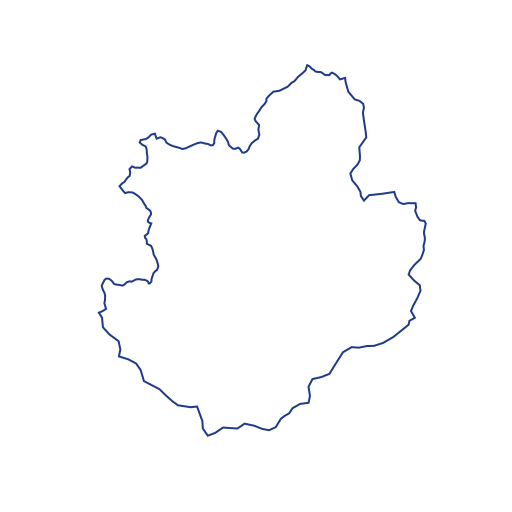 the district of Cameron Highlands, Pahang, Malaysia, rotated 60°
{"feature_id": "92858781B10772357278230", "entity_name": "Cameron Highlands", "entity_type": "district", "adm_level": 2, "iso_a3": "MYS", "parent_name": "Malaysia", "parent_adm1": "Pahang", "projection": "mercator", "projection_center": [101.433, 4.47], "detail": "fine", "context": "isolated", "style": "outline", "palette": "blue", "viewbox_px": 512, "rotation_deg": 60, "n_neighbors": 0, "source": "geoboundaries", "source_scale": "gbopen_adm2", "svg_char_len": 3649}
<svg xmlns="http://www.w3.org/2000/svg" viewBox="0 0 512 512"><g transform="rotate(60 256 256)"><path d="M146.3,89.8L145.0,95.0L143.4,95.2L140.4,95.8L137.7,96.9L135.2,98.5L135.2,100.4L136.1,101.8L133.9,105.6L129.2,107.8L127.3,110.8L125.7,112.4L124.1,112.7L121.9,114.0L118.6,114.8L116.4,116.2L118.4,118.7L120.0,120.3L121.1,125.2L121.9,130.1L123.8,135.3L123.8,138.5L124.3,140.4L125.2,144.0L124.6,153.2L123.5,156.0L122.4,158.7L123.0,161.7L123.8,165.0L124.9,168.2L127.1,169.6L128.7,172.6L129.8,176.7L130.5,178.0L132.0,180.8L133.3,183.8L134.7,186.2L136.6,188.7L139.1,188.9L144.0,187.8L145.9,189.2L147.8,190.8L152.7,192.5L155.4,195.7L155.4,198.5L156.2,203.4L157.8,206.6L159.8,209.1L160.8,211.8L160.6,214.5L159.5,216.2L155.1,216.4L153.2,217.3L152.7,220.8L151.3,222.4L148.3,223.5L146.4,224.1L143.4,223.2L139.3,223.2L135.2,223.5L131.2,224.1L128.4,226.5L129.8,229.2L132.0,231.4L134.4,233.9L137.4,235.8L138.5,238.0L137.4,240.1L135.0,241.5L133.3,243.7L130.1,246.9L129.0,250.2L128.4,254.3L127.9,259.2L127.6,263.0L126.5,266.3L124.1,268.2L121.4,270.9L119.2,273.1L116.2,275.3L112.9,276.9L109.6,276.6L106.6,278.3L105.3,279.6L104.7,283.4L101.7,282.9L99.6,282.3L98.5,285.9L99.6,290.5L99.6,293.0L97.9,297.9L99.6,300.0L103.1,298.7L105.8,296.8L108.8,297.3L112.6,299.2L115.6,300.3L119.7,302.8L121.1,304.4L121.9,311.8L120.0,314.8L119.2,316.4L116.4,318.6L117.5,322.1L120.8,323.2L123.5,325.4L123.8,327.8L124.9,330.6L126.0,332.7L126.3,336.0L127.3,339.3L133.1,338.5L136.1,337.9L136.9,334.6L139.3,331.1L142.0,329.5L145.9,327.8L150.5,326.7L153.2,326.7L155.1,326.7L157.8,326.5L159.5,326.9L162.6,325.6L163.7,325.0L166.3,325.4L167.5,326.2L169.1,329.2L170.0,330.4L171.0,331.8L172.2,332.5L174.3,331.5L175.4,330.4L179.2,335.3L180.4,336.5L182.2,337.8L182.7,339.8L183.0,342.3L184.6,343.0L186.7,342.5L189.3,343.5L190.7,344.4L192.6,343.3L194.7,341.8L197.9,342.1L201.7,343.2L203.6,343.9L205.9,343.9L209.2,343.9L214.1,345.1L216.2,345.8L218.6,348.6L218.8,350.8L219.5,353.1L223.5,357.8L225.6,359.2L226.3,360.4L226.6,361.8L226.1,362.7L224.2,362.3L222.6,363.0L220.7,364.6L219.8,366.3L218.6,367.6L217.2,369.5L216.2,372.1L216.2,374.5L216.0,376.6L214.6,378.4L214.1,380.8L214.9,384.1L214.9,386.4L212.3,389.4L210.4,391.8L209.1,392.9L205.8,393.2L202.2,394.6L200.6,397.3L201.2,399.5L202.8,401.9L204.7,404.6L208.8,405.5L212.3,405.7L215.0,406.5L218.9,409.0L221.0,410.9L226.8,412.3L227.0,416.6L226.5,420.4L232.5,420.2L241.2,424.2L250.5,422.2L261.1,417.6L269.1,420.2L274.4,424.9L281.7,418.2L289.1,413.6L297.0,412.9L308.3,415.6L315.7,410.9L323.0,406.2L332.3,403.6L340.3,400.9L346.2,398.3L354.2,388.3L356.9,382.3L372.2,385.0L378.8,388.3L387.5,387.6L388.8,379.7L388.1,370.3L396.1,358.4L395.5,349.7L402.1,342.4L408.8,337.1L413.4,331.8L414.1,324.5L409.4,315.8L408.8,311.2L408.8,305.8L406.1,300.5L406.1,291.9L409.4,283.9L404.1,279.2L395.5,275.9L390.8,268.6L393.5,260.0L394.8,251.3L390.1,242.7L382.8,228.7L382.8,218.7L386.8,212.8L389.5,204.8L392.8,198.8L394.8,189.5L394.8,177.5L391.8,158.2L388.9,155.6L388.9,149.3L381.2,149.3L377.8,145.0L373.1,137.3L371.8,135.6L368.4,131.0L363.3,128.8L356.1,131.4L348.4,133.1L345.5,129.7L342.9,123.3L340.8,114.8L338.2,111.4L334.8,107.6L331.0,105.9L328.0,102.9L325.0,100.8L319.9,99.0L317.8,97.3L312.7,92.7L309.7,92.7L307.2,96.1L302.5,96.5L296.5,95.6L294.0,93.1L290.1,91.4L286.3,97.8L284.6,102.5L280.8,105.4L274.4,105.4L269.7,104.2L268.0,108.4L265.0,116.1L259.9,127.6L262.0,134.8L256.5,135.2L252.7,133.5L246.3,133.5L238.6,134.8L231.8,133.1L229.3,128.4L227.6,122.5L225.0,118.2L221.6,116.1L213.5,112.2L208.4,101.2L202.5,98.6L194.8,95.6L185.4,91.8L181.6,88.4L177.8,87.1L173.5,88.8L169.7,92.2L159.9,93.9L150.1,91.4L146.3,89.8Z" fill="none" stroke="#1e3a8a" stroke-width="2"/></g></svg>